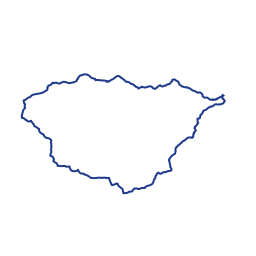 Pipirig, Neamt, Romania, rotated 346°
{"feature_id": "2599482B8235674515864", "entity_name": "Pipirig", "entity_type": "district", "adm_level": 2, "iso_a3": "ROU", "parent_name": "Romania", "parent_adm1": "Neamt", "projection": "robinson", "projection_center": [26.056, 47.218], "detail": "fine", "context": "isolated", "style": "outline", "palette": "blue", "viewbox_px": 256, "rotation_deg": 346, "n_neighbors": 0, "source": "geoboundaries", "source_scale": "gbopen_adm2", "svg_char_len": 5767}
<svg xmlns="http://www.w3.org/2000/svg" viewBox="0 0 256 256"><g transform="rotate(346 128 128)"><path d="M138.8,187.5L139.7,186.4L139.8,185.8L141.0,184.4L141.0,184.1L142.2,183.4L142.9,182.4L142.8,181.6L144.5,180.1L144.6,179.7L145.3,179.2L146.3,179.0L146.6,178.7L147.1,179.1L147.6,179.8L148.8,180.4L149.7,180.0L152.1,179.4L153.4,180.0L155.9,179.5L157.8,179.7L159.1,179.7L160.0,179.4L160.0,178.9L160.2,178.4L159.8,176.5L159.6,176.0L160.0,174.4L159.8,173.3L160.0,172.4L160.1,171.0L159.9,169.8L159.9,169.6L160.3,169.2L160.2,168.8L160.2,168.5L161.8,167.0L162.9,166.3L163.5,165.7L165.9,164.7L167.4,164.3L168.7,161.8L168.7,161.5L168.6,161.0L168.9,160.2L169.8,158.7L170.3,158.3L171.2,158.0L171.8,157.3L172.3,157.1L174.6,156.2L175.3,155.6L176.0,155.4L177.4,154.5L177.7,154.2L178.4,154.0L179.1,154.0L179.8,153.7L180.8,153.4L181.9,152.5L182.8,152.4L183.7,151.9L185.1,152.0L185.8,152.1L186.1,152.3L187.3,152.5L187.5,152.8L187.8,153.0L188.6,152.8L189.0,152.1L189.3,151.9L189.7,150.3L190.8,149.4L190.6,148.7L190.7,148.4L193.0,147.0L193.2,146.4L192.5,144.5L192.6,143.9L193.0,143.3L193.3,143.1L193.5,143.2L193.8,142.7L195.2,141.9L196.4,140.6L197.2,140.2L197.4,140.0L197.2,139.4L197.2,139.1L197.1,138.3L197.3,137.6L197.4,136.8L197.8,135.7L198.1,135.7L198.4,135.8L199.1,136.0L199.9,135.9L200.6,135.0L200.7,134.5L201.4,133.0L202.2,132.8L202.5,132.4L204.2,131.3L205.0,129.8L205.3,129.6L207.7,129.2L209.3,128.7L211.1,127.6L212.1,127.7L213.3,127.1L214.2,127.5L215.8,127.3L217.5,126.3L218.4,126.2L218.9,126.2L219.7,126.4L220.3,126.8L223.7,127.5L224.5,127.3L226.0,127.2L226.8,126.8L227.1,126.6L227.6,125.9L227.9,125.7L228.1,125.3L228.3,125.3L228.4,125.2L227.5,122.6L226.8,122.3L226.8,120.4L228.4,119.6L227.9,119.0L227.3,119.7L224.4,120.5L221.3,121.1L220.9,121.2L221.0,121.5L219.7,121.7L219.6,121.4L218.1,121.5L217.7,121.3L217.7,121.0L217.3,121.0L217.0,121.4L217.1,121.6L216.7,121.3L216.8,121.2L216.7,120.9L216.6,120.7L214.7,120.4L214.4,120.2L213.9,119.7L213.2,118.6L212.1,117.7L211.6,117.5L209.7,117.1L208.8,116.3L208.5,115.6L208.1,115.2L208.1,114.9L208.3,113.6L207.5,111.9L207.0,111.3L206.0,110.8L204.1,110.6L203.9,110.3L203.2,109.6L202.5,109.2L202.2,108.7L199.7,107.1L199.2,106.4L198.5,105.7L197.6,104.5L196.3,103.9L195.6,102.9L194.9,103.0L194.6,102.7L192.3,101.9L190.9,100.8L190.3,100.6L190.1,100.2L189.8,100.1L189.5,99.5L188.4,98.0L188.2,97.4L188.2,95.9L188.1,95.4L186.0,93.5L185.6,92.8L184.8,92.0L182.7,92.0L182.4,92.7L182.3,93.1L182.0,93.3L181.3,93.6L181.0,93.9L178.8,95.4L176.6,95.2L174.8,96.1L174.3,95.8L173.4,95.7L172.4,96.0L171.4,96.1L170.3,95.4L169.7,94.4L169.1,94.3L167.7,94.8L166.3,95.5L164.9,96.1L163.9,96.6L163.0,96.2L161.9,95.4L161.7,95.1L161.5,94.5L161.1,93.8L159.6,92.9L158.6,92.7L155.7,92.9L153.9,92.8L153.3,92.4L152.6,92.1L151.5,91.3L150.5,91.7L149.3,91.8L147.8,92.2L147.5,91.3L146.7,90.6L146.0,90.4L145.6,89.8L145.5,89.4L144.3,88.2L144.3,87.8L142.8,86.4L141.7,85.9L140.3,84.1L139.8,83.7L138.5,83.1L138.3,82.9L137.2,82.6L136.1,80.6L134.3,78.4L133.9,78.1L133.6,77.6L133.0,77.1L132.9,76.6L132.5,76.0L131.4,75.2L130.6,75.0L128.8,75.4L126.9,76.2L125.5,76.9L123.5,77.2L120.6,78.3L120.0,78.2L119.8,77.6L119.6,77.6L118.6,78.0L118.3,77.2L117.0,76.4L114.0,75.4L112.4,75.0L111.7,74.4L110.2,74.2L109.0,73.7L108.1,73.7L108.0,73.4L108.0,72.6L107.9,72.4L105.4,71.0L104.0,69.8L103.4,68.5L102.9,67.7L100.9,66.1L98.6,65.3L98.0,65.3L96.1,65.6L95.0,65.5L94.0,65.6L91.9,67.0L91.7,67.7L91.1,68.2L90.2,68.7L89.6,69.9L86.9,70.5L83.7,70.4L82.6,70.4L81.6,70.2L80.8,69.9L80.0,69.1L78.8,68.5L76.9,67.6L75.0,67.7L74.3,67.8L73.6,68.2L71.9,68.3L69.0,66.5L67.0,66.6L66.1,65.9L64.6,66.7L63.7,67.3L62.9,67.7L61.0,67.6L60.5,68.5L59.7,68.9L59.5,69.5L59.2,71.1L59.0,71.3L58.3,71.7L55.8,72.5L53.5,73.1L52.8,73.0L51.1,73.2L48.7,72.9L46.3,72.9L45.1,72.7L44.5,72.7L42.8,73.0L41.7,73.4L41.3,73.7L40.5,74.4L39.3,74.3L38.3,74.5L35.0,75.9L34.7,75.9L34.4,76.0L33.6,76.1L33.7,76.3L33.2,77.6L33.2,78.5L33.4,79.2L33.8,79.8L33.9,80.1L33.7,80.5L33.1,81.3L32.9,82.6L33.0,83.6L30.8,85.2L30.0,86.5L29.0,88.5L28.6,89.0L28.1,90.0L27.6,91.8L27.9,92.1L27.7,92.5L28.9,93.1L29.7,93.9L30.3,94.6L30.4,95.1L31.2,95.6L31.6,96.4L32.8,97.5L33.5,97.7L35.7,97.7L35.7,98.3L36.1,98.8L36.8,100.6L37.0,100.9L37.4,101.9L37.7,103.5L37.9,103.9L38.9,104.5L40.5,106.5L41.0,106.8L41.4,107.2L41.4,107.8L41.2,108.4L41.1,109.3L41.9,111.4L43.0,112.6L43.4,113.1L44.3,113.6L44.7,115.2L44.9,115.4L45.1,116.2L46.1,117.6L46.3,117.8L47.9,118.4L48.5,118.7L50.2,120.4L50.5,120.9L50.4,122.0L49.6,123.6L49.6,123.9L49.8,124.8L49.5,125.3L49.5,126.2L49.2,126.8L49.1,127.7L48.9,128.1L48.9,128.9L47.9,130.4L48.0,131.6L47.9,132.7L47.5,133.4L46.3,134.8L46.1,135.4L46.2,136.5L47.1,136.9L48.0,137.7L48.0,138.5L48.7,140.2L48.4,140.9L47.8,141.6L47.6,142.0L48.2,142.7L48.3,143.3L48.5,143.5L49.6,144.3L50.0,144.8L50.7,146.4L50.8,147.0L50.6,147.7L51.7,148.0L52.7,148.5L54.1,148.8L56.0,149.3L56.9,149.3L57.9,149.7L58.6,150.6L61.1,151.1L61.9,151.3L61.9,153.0L62.1,154.0L62.3,154.8L63.0,155.7L63.5,156.1L65.5,157.0L66.4,157.1L68.2,157.2L68.6,157.0L69.1,156.5L69.3,156.5L70.2,159.5L71.4,160.8L73.1,161.3L74.1,161.8L74.3,162.0L74.6,162.8L75.5,163.0L76.2,163.5L78.7,165.8L79.2,166.7L80.0,167.4L81.6,167.9L82.3,168.3L83.0,168.4L85.0,168.9L85.9,168.8L86.5,169.0L87.9,169.1L90.3,170.0L92.7,170.4L94.9,171.1L95.3,171.5L96.8,171.6L97.4,171.8L97.6,172.4L97.6,174.0L97.8,175.2L97.8,176.4L98.2,177.5L98.3,179.1L98.7,179.6L101.7,179.5L102.8,179.1L103.4,179.2L104.4,179.5L104.5,179.7L104.4,180.4L104.6,181.2L106.0,183.5L107.8,185.7L107.9,186.9L107.8,189.3L107.8,190.1L110.8,190.7L112.7,190.6L113.7,190.1L115.6,190.5L116.3,190.5L116.7,190.3L118.3,189.0L119.6,188.3L121.9,188.8L122.9,189.5L123.9,189.9L126.4,189.6L127.4,189.4L128.3,190.0L129.5,190.2L130.2,190.0L130.5,189.5L131.1,189.2L132.3,189.0L135.7,188.8L137.7,188.3L138.8,187.5Z" fill="none" stroke="#1e3a8a" stroke-width="2"/></g></svg>